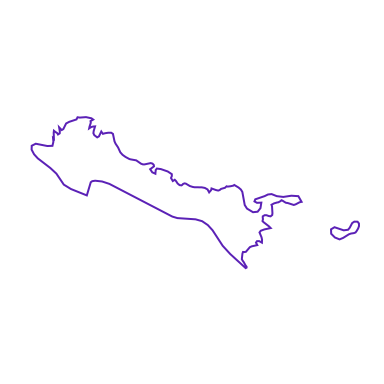 the Province of Eastern Samar, rotated 301°
{"feature_id": "PHL-2582", "entity_name": "Eastern Samar", "entity_type": "Province", "adm_level": 1, "iso_a3": "PHL", "parent_name": "Philippines", "parent_adm1": "", "projection": "natural_earth1", "projection_center": [125.501, 11.538], "detail": "fine", "context": "isolated", "style": "outline", "palette": "violet", "viewbox_px": 384, "rotation_deg": 301, "n_neighbors": 0, "source": "natural_earth", "source_scale": "10m", "svg_char_len": 2727}
<svg xmlns="http://www.w3.org/2000/svg" viewBox="0 0 384 384"><g transform="rotate(301 192 192)"><path d="M166.7,45.1L166.5,46.2L171.6,42.9L173.4,42.1L173.1,44.0L173.1,45.3L173.0,46.3L172.3,47.5L174.1,48.4L175.7,47.6L179.0,44.8L178.0,48.4L179.6,49.3L185.9,48.8L188.9,50.6L194.7,55.6L197.1,55.4L198.0,57.5L201.6,62.6L203.4,67.9L203.2,70.0L200.5,68.5L199.2,69.6L195.3,70.5L193.6,71.1L195.1,71.8L196.3,72.6L197.3,73.7L198.3,75.1L193.7,76.3L191.6,77.2L190.4,79.0L190.0,82.6L191.8,83.6L197.1,83.1L196.8,83.7L196.3,85.1L196.0,85.7L197.5,87.1L199.6,89.6L201.2,92.2L201.1,94.3L195.5,99.5L194.1,101.5L192.1,105.7L189.1,110.1L188.1,113.3L187.8,117.0L188.0,121.3L188.3,122.4L190.4,127.9L190.0,133.8L190.4,135.8L191.3,137.2L195.5,141.7L196.0,143.5L195.5,145.3L194.4,146.2L190.0,144.4L188.4,147.8L188.8,151.2L192.1,149.6L194.0,149.8L195.6,153.5L197.1,160.6L196.9,165.5L195.3,166.5L193.2,166.8L191.5,169.9L193.6,170.9L193.1,172.8L191.9,175.2L191.5,177.8L192.3,179.6L193.2,180.0L194.3,180.2L195.5,181.1L196.0,182.4L196.0,187.1L196.7,190.0L197.4,191.8L201.0,197.9L202.1,200.9L202.2,204.0L200.5,206.9L201.8,207.1L202.7,207.3L203.7,207.4L205.1,206.9L206.0,211.5L206.7,213.7L207.9,214.7L209.6,215.3L212.6,218.1L214.7,218.7L215.0,219.8L216.8,222.1L218.8,224.2L219.8,224.6L219.8,229.6L219.3,232.6L218.0,235.1L208.0,243.9L206.1,247.7L206.1,254.7L208.9,258.4L213.4,259.0L218.6,256.9L216.2,253.3L216.1,250.4L218.3,250.0L225.9,256.4L229.0,258.4L231.2,261.3L232.1,266.8L234.8,272.8L240.0,279.1L243.2,285.3L240.0,291.0L238.6,289.5L234.8,287.2L233.3,285.9L231.8,279.5L231.5,278.9L231.2,278.4L231.1,277.3L231.2,273.9L231.0,272.9L230.0,272.7L227.6,271.3L226.9,270.4L224.5,268.2L222.0,266.7L220.9,268.0L215.2,271.9L213.6,272.6L211.6,271.9L210.9,270.1L210.5,267.9L209.5,266.2L207.6,265.2L206.5,265.8L205.3,266.8L203.4,267.4L203.0,268.8L202.2,275.7L201.6,278.0L197.2,273.3L194.2,270.9L192.1,270.7L189.0,274.9L187.2,276.6L184.6,278.0L184.5,274.9L183.3,273.0L181.6,272.9L180.1,275.3L176.2,271.2L174.5,270.0L168.5,269.0L167.6,268.0L166.9,266.6L165.1,267.0L160.1,269.3L159.2,270.8L158.5,272.5L156.6,275.8L156.1,277.2L155.3,277.7L154.4,277.2L158.5,256.8L161.7,246.0L169.8,229.3L171.8,222.6L172.2,215.7L170.4,209.1L162.1,192.9L160.8,187.8L156.4,117.0L154.7,109.5L151.8,103.2L149.9,100.9L148.2,100.2L134.9,103.6L132.2,86.7L132.3,78.3L137.9,66.3L139.6,58.2L141.4,42.5L143.0,37.2L145.7,32.7L149.1,30.8L152.9,33.2L156.9,44.3L159.7,48.6L163.7,47.3L166.7,45.1ZM250.2,346.4L251.8,349.2L251.0,351.3L248.8,352.7L246.3,353.2L243.2,353.2L241.5,353.0L240.2,352.0L238.3,349.7L236.6,348.3L230.5,345.2L227.4,342.9L226.6,337.9L227.9,332.8L231.6,330.4L235.2,332.3L237.3,341.8L240.0,345.2L242.6,345.6L247.9,345.3L250.2,346.4Z" fill="none" stroke="#5b21b6" stroke-width="2"/></g></svg>